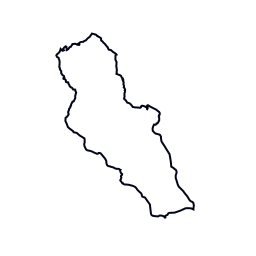 Valiug, Caras-Severin, Romania, rotated 309°
{"feature_id": "2599482B27946002625345", "entity_name": "Valiug", "entity_type": "district", "adm_level": 2, "iso_a3": "ROU", "parent_name": "Romania", "parent_adm1": "Caras-Severin", "projection": "mercator", "projection_center": [22.046, 45.195], "detail": "fine", "context": "isolated", "style": "outline", "palette": "ink", "viewbox_px": 256, "rotation_deg": 309, "n_neighbors": 0, "source": "geoboundaries", "source_scale": "gbopen_adm2", "svg_char_len": 5686}
<svg xmlns="http://www.w3.org/2000/svg" viewBox="0 0 256 256"><g transform="rotate(309 128 128)"><path d="M105.9,230.1L107.6,228.9L109.3,227.9L110.8,226.0L111.1,224.6L110.6,223.0L110.6,221.9L110.9,220.7L111.3,219.6L111.7,218.4L112.2,217.3L112.5,215.6L112.8,214.0L113.2,212.4L113.7,210.8L114.4,204.2L115.4,202.2L118.2,198.1L118.9,196.9L120.8,195.1L123.4,194.1L124.7,193.2L124.9,192.8L125.3,192.2L125.6,191.5L125.4,189.4L125.6,188.8L125.2,186.0L129.3,181.9L133.7,176.9L137.6,165.8L137.6,165.5L138.7,162.4L140.6,160.3L141.0,159.9L141.7,159.4L142.1,158.9L142.8,157.0L142.5,156.3L142.4,155.9L141.9,154.9L141.8,154.6L141.7,154.3L141.5,153.7L141.0,153.0L141.0,152.1L141.0,151.5L141.4,149.0L143.0,147.5L143.7,147.1L146.3,146.2L147.1,146.1L147.2,146.4L147.9,147.4L148.4,147.5L149.0,147.5L149.5,147.3L149.9,147.8L150.4,147.8L150.6,147.9L150.9,148.0L152.4,147.7L152.5,147.5L153.5,147.4L153.8,147.3L154.2,146.9L155.6,145.8L156.2,144.7L157.4,144.5L157.5,144.0L158.8,143.9L159.2,143.7L159.5,143.4L160.0,142.2L159.9,142.1L160.0,141.6L160.0,140.9L160.0,139.6L159.9,137.7L159.0,133.8L158.5,131.2L158.4,129.6L158.3,129.4L158.0,128.9L157.4,128.8L157.1,129.1L156.6,130.1L156.1,130.6L155.3,131.0L154.7,131.1L154.7,130.9L155.5,130.2L155.7,129.5L155.4,128.4L155.4,127.6L154.8,126.1L154.3,125.0L153.6,124.6L153.0,124.6L152.8,124.9L152.2,125.0L151.5,124.8L151.0,124.2L150.7,123.6L149.8,122.5L149.5,121.8L148.8,121.1L148.2,120.0L147.8,119.2L147.3,118.6L147.4,118.0L147.8,117.1L147.9,116.1L148.1,115.3L148.2,114.2L148.1,113.5L147.9,112.9L147.4,111.8L147.3,111.1L147.8,109.8L148.1,108.8L148.1,107.8L148.3,107.3L148.3,106.7L148.5,106.7L148.7,106.2L150.6,105.4L151.2,104.6L152.6,103.5L153.2,103.2L154.5,102.8L154.9,102.4L155.1,101.9L155.5,102.0L155.8,101.8L156.7,100.4L156.8,99.8L156.9,99.1L157.3,99.0L158.2,98.5L159.2,96.8L160.0,96.3L160.7,96.0L161.0,95.5L161.2,94.9L161.9,93.7L162.3,94.1L162.8,93.6L163.3,92.4L163.1,92.2L163.1,91.9L163.2,91.6L163.6,90.7L163.8,90.4L164.0,90.1L164.1,89.9L164.1,89.1L164.0,88.8L164.0,88.5L163.5,87.4L163.2,86.0L162.9,85.2L162.8,84.9L163.3,84.6L163.7,84.5L163.9,84.4L164.9,83.5L166.0,82.9L166.4,82.6L166.9,81.9L167.1,81.7L167.5,81.3L168.0,80.8L168.1,80.6L169.1,79.6L169.4,79.4L169.9,79.2L170.9,78.4L172.1,77.6L172.7,76.1L172.9,75.7L173.3,75.2L174.1,74.4L174.8,74.0L175.1,73.7L175.3,73.5L175.8,73.2L176.8,72.5L176.9,72.4L177.1,72.4L177.5,72.7L177.8,72.9L178.0,72.3L178.0,71.6L178.0,71.1L177.9,70.1L177.7,69.1L177.7,68.9L177.7,68.5L177.6,68.0L177.8,67.0L177.7,65.7L177.8,65.4L177.6,65.1L177.4,65.0L177.3,64.8L177.0,64.2L176.8,63.7L176.9,63.4L177.1,62.8L177.5,62.2L177.7,61.8L177.9,61.6L177.9,61.4L178.0,61.1L178.0,60.8L178.0,60.5L178.0,60.4L178.1,60.0L178.2,59.8L178.5,58.5L178.5,58.1L178.6,57.8L178.8,57.4L178.8,57.1L178.9,55.6L178.9,54.8L179.1,54.4L179.2,53.6L179.2,53.2L179.1,52.5L179.2,52.4L179.2,52.2L179.3,51.8L179.8,51.4L180.0,51.3L180.5,50.9L180.8,50.5L180.7,49.7L180.7,49.3L180.6,48.9L180.6,48.4L180.4,47.9L180.3,47.6L180.3,47.4L180.3,47.2L180.2,46.7L180.4,46.4L180.3,46.2L180.2,46.0L180.1,45.9L180.3,45.3L180.4,44.7L180.2,44.3L180.1,43.6L179.7,43.2L179.6,42.9L179.6,42.4L179.1,41.5L178.8,41.0L178.7,40.6L177.1,40.7L174.8,40.9L172.1,40.2L169.6,40.1L168.3,39.3L166.9,39.0L165.7,37.8L164.8,37.1L163.9,36.7L162.9,36.6L162.3,36.3L162.5,36.9L162.3,37.7L161.9,37.8L160.8,36.2L160.3,34.0L158.2,32.0L157.4,32.3L156.5,32.2L155.3,32.5L154.2,31.8L151.4,31.9L150.0,31.3L152.4,29.0L152.2,28.1L150.5,27.8L148.4,27.8L148.1,29.3L147.6,29.1L146.7,28.4L147.0,25.9L145.7,26.5L144.1,26.9L142.2,26.8L140.7,26.5L139.8,26.5L139.2,26.7L138.5,28.5L138.9,29.8L136.9,32.8L134.6,34.6L132.3,36.1L131.5,37.6L131.0,37.8L130.4,39.2L130.2,40.2L129.2,41.2L128.6,41.5L127.9,43.8L128.1,45.5L127.1,46.8L126.8,46.4L126.5,46.3L126.4,46.4L125.7,46.7L125.6,46.9L125.6,47.0L126.1,47.7L126.2,48.0L126.2,48.8L126.0,49.0L126.0,49.6L125.2,50.3L124.7,51.0L125.0,51.5L125.8,52.5L125.8,52.8L125.5,53.2L125.0,53.7L124.9,54.3L124.2,55.8L123.8,56.3L123.8,57.2L123.6,57.6L123.8,58.2L124.0,59.3L123.4,61.1L124.6,62.8L124.1,63.4L123.6,63.9L123.3,64.7L122.9,65.4L119.6,66.8L118.1,68.2L116.5,68.5L115.6,68.8L114.9,69.0L114.1,68.9L113.6,68.3L113.1,68.4L112.6,68.6L111.4,68.7L110.4,69.0L109.7,69.6L109.3,69.7L108.8,69.5L108.4,69.7L107.8,70.1L107.5,70.2L105.9,70.1L104.7,70.9L104.3,71.1L103.8,71.1L103.4,71.1L102.6,71.5L102.5,71.8L101.7,72.6L101.6,72.9L101.4,73.2L100.6,73.4L98.4,73.5L96.6,73.1L94.0,75.0L92.7,77.7L90.9,80.7L90.8,83.1L91.0,87.1L90.5,88.4L91.9,91.2L91.8,95.4L92.4,99.8L92.5,100.7L91.4,101.9L89.3,103.5L87.8,104.1L86.4,105.8L85.6,107.5L85.3,108.0L85.0,108.8L85.0,110.3L85.6,111.5L86.3,112.7L87.1,114.9L87.4,116.3L87.7,117.6L88.1,118.9L88.5,120.2L88.9,120.6L89.0,120.7L89.6,120.9L90.1,120.9L90.7,121.5L91.1,122.8L89.8,129.2L88.9,131.6L86.8,133.7L86.0,135.2L85.9,136.2L88.2,141.6L88.5,143.4L89.0,144.8L89.6,145.4L89.9,145.8L90.4,146.6L90.6,147.3L90.3,147.8L90.6,148.4L90.1,148.4L90.0,148.7L89.6,149.1L89.2,149.7L88.8,150.3L88.6,150.9L88.5,151.5L88.4,152.2L88.5,152.4L87.9,152.8L86.5,152.7L85.8,153.1L85.4,154.0L84.3,154.4L83.5,154.8L82.6,154.8L82.4,155.0L82.2,155.6L82.1,156.4L81.9,157.2L81.5,158.1L81.5,158.4L81.9,158.7L81.6,159.6L81.9,160.7L84.3,164.2L86.1,168.2L86.7,170.8L86.4,172.6L86.0,173.7L85.6,176.2L85.6,178.8L85.3,179.8L83.7,182.3L84.0,183.4L84.6,184.5L84.6,185.2L82.3,193.2L76.2,199.4L75.8,199.9L75.5,200.4L75.3,200.9L75.2,201.5L75.3,202.3L75.7,203.1L76.9,205.1L78.2,207.0L78.7,207.2L79.2,207.4L79.7,207.6L80.2,208.0L81.1,209.4L81.7,210.7L81.8,212.3L81.5,214.0L82.5,212.6L83.0,212.3L84.1,212.7L85.1,213.2L85.8,213.3L86.4,213.1L87.0,213.0L87.9,213.4L91.6,217.5L95.6,220.0L96.2,220.4L98.9,221.8L101.6,223.1L103.0,224.5L104.2,226.1L105.3,227.7L105.9,230.1Z" fill="none" stroke="#020617" stroke-width="2"/></g></svg>